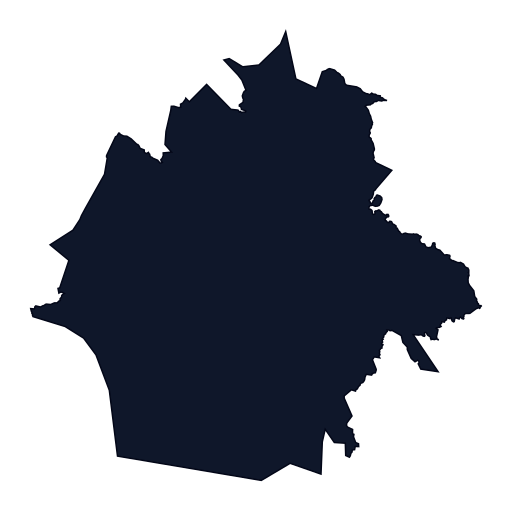 the district of Nonoava, Chihuahua, Mexico
{"feature_id": "50627088B56778654963511", "entity_name": "Nonoava", "entity_type": "district", "adm_level": 2, "iso_a3": "MEX", "parent_name": "Mexico", "parent_adm1": "Chihuahua", "projection": "mercator", "projection_center": [-106.555, 27.45], "detail": "fine", "context": "isolated", "style": "filled", "palette": "ink", "viewbox_px": 512, "rotation_deg": 0, "n_neighbors": 0, "source": "geoboundaries", "source_scale": "gbopen_adm2", "svg_char_len": 6030}
<svg xmlns="http://www.w3.org/2000/svg" viewBox="0 0 512 512"><path d="M290.1,463.3L321.0,474.1L322.3,441.9L325.2,429.2L334.3,442.5L345.3,443.2L345.7,455.5L349.4,457.2L350.3,455.8L350.9,453.3L352.0,452.1L352.3,449.9L354.6,449.7L355.2,446.5L358.7,446.6L358.5,443.7L355.7,442.6L353.5,436.8L353.9,434.4L353.0,434.2L352.5,432.5L352.6,429.5L347.4,427.0L346.5,425.3L346.8,423.0L352.0,416.0L344.2,398.2L344.2,395.9L351.4,389.8L355.5,391.1L355.9,389.7L357.3,388.9L358.5,386.5L360.0,385.3L360.3,383.9L361.3,383.0L362.7,382.6L363.8,381.3L364.6,379.8L365.0,377.1L366.3,374.3L371.5,375.1L371.9,374.8L372.2,373.6L372.8,373.6L373.2,373.1L375.3,372.8L376.1,370.5L376.2,369.3L372.4,359.7L374.3,356.9L379.7,357.8L378.7,355.9L380.0,354.8L379.3,353.1L379.8,351.8L379.3,350.5L381.0,348.3L381.9,348.1L382.0,346.3L383.0,344.7L382.6,344.3L381.7,344.2L381.5,343.8L381.8,342.7L382.6,342.2L382.1,339.8L383.1,339.3L382.5,338.5L383.8,336.9L383.7,335.8L384.2,334.8L385.6,333.8L386.0,332.6L387.3,331.3L386.8,329.9L388.3,329.8L389.8,330.6L391.0,330.7L391.9,330.3L401.3,335.6L402.9,342.4L407.3,347.1L407.3,349.6L411.2,358.4L415.0,361.8L417.6,360.3L418.7,361.0L419.2,362.4L418.2,363.8L420.8,369.1L438.1,371.7L413.1,334.6L418.6,335.1L421.3,334.7L423.2,336.1L424.4,336.3L424.9,335.7L424.3,333.4L424.6,332.6L425.2,332.3L426.8,333.3L427.0,334.2L427.8,335.3L430.5,337.0L430.5,338.1L431.1,339.6L432.3,339.2L434.5,339.6L436.2,338.9L438.1,339.8L438.2,339.5L437.1,339.0L436.5,336.8L438.0,329.8L436.1,328.3L436.6,327.7L439.3,327.4L441.1,326.5L440.2,325.1L440.6,324.1L441.6,323.1L441.8,321.7L444.4,322.1L444.9,320.8L446.5,319.8L446.7,318.1L447.0,317.8L449.5,318.6L450.4,317.9L451.2,317.9L451.4,319.4L452.3,321.1L453.6,321.9L454.2,321.6L454.7,319.0L455.6,317.8L459.1,319.0L459.5,317.9L460.4,317.0L462.0,318.6L463.5,319.0L463.8,318.6L463.1,317.6L463.9,316.7L463.7,315.5L465.2,313.5L469.8,313.4L476.0,308.8L478.8,307.6L479.5,308.4L479.8,308.3L480.3,307.1L481.3,306.0L481.0,305.6L479.9,305.6L478.3,304.8L478.4,303.7L477.5,303.2L477.3,301.9L476.6,301.4L476.7,299.1L474.7,296.5L473.8,290.8L469.5,285.3L468.2,282.7L468.0,279.1L468.3,277.7L468.0,276.1L468.2,275.8L468.8,276.0L469.0,275.8L468.7,272.9L468.3,272.4L468.8,272.2L468.8,270.0L467.8,268.0L466.9,267.9L465.0,266.7L463.5,264.1L460.5,262.4L459.3,262.7L457.5,262.5L452.8,260.5L451.8,260.7L450.7,259.4L449.4,258.6L450.0,256.1L449.6,255.3L446.7,254.7L444.3,255.1L439.8,250.1L437.9,249.6L435.7,248.4L435.1,246.5L434.8,245.0L435.1,244.4L434.7,243.0L433.8,242.8L432.7,243.3L432.4,244.9L431.4,246.9L430.9,247.2L428.3,247.7L426.0,247.0L424.5,244.0L421.7,243.6L420.3,242.1L419.7,240.5L419.8,238.7L421.0,237.6L421.2,236.8L420.5,236.1L418.9,235.7L417.9,234.6L416.5,234.1L414.5,234.3L413.7,233.9L412.3,234.2L407.9,233.9L405.4,233.1L403.8,233.5L403.0,234.1L401.5,234.1L400.2,232.8L399.5,231.5L398.7,231.3L397.2,228.2L396.1,227.8L395.8,227.0L396.1,226.5L396.0,225.9L393.7,224.3L392.8,224.2L391.5,221.6L389.9,221.2L389.3,221.7L389.2,222.4L387.9,222.5L386.8,221.7L386.2,220.8L385.3,220.3L385.1,219.3L386.1,217.8L387.0,217.0L388.4,216.8L388.7,216.4L388.6,215.3L388.0,214.4L386.4,214.5L386.1,215.2L385.3,215.3L382.4,213.4L381.3,211.7L380.3,211.3L379.9,210.3L378.8,209.9L376.8,210.9L375.5,210.9L374.7,211.7L375.1,213.0L374.8,214.0L373.7,214.5L372.5,213.9L372.0,210.5L370.5,209.2L369.3,209.2L368.9,208.7L369.0,207.1L369.6,206.0L370.0,205.7L372.6,205.2L375.3,206.3L377.4,206.1L379.2,205.4L380.8,202.9L382.0,199.5L381.7,197.6L380.1,196.0L377.2,195.0L376.5,195.3L375.8,197.1L375.0,197.4L374.2,198.5L374.3,200.0L373.1,200.9L372.7,202.3L371.8,203.4L370.6,203.4L369.8,201.3L369.1,200.8L369.0,200.1L371.5,198.4L372.2,197.3L373.3,194.2L373.6,191.2L375.5,189.7L375.8,188.9L391.8,170.3L375.7,162.6L375.2,161.5L373.6,159.9L373.4,159.0L374.1,157.7L373.0,153.0L373.6,151.1L374.3,150.0L374.4,148.9L373.1,143.4L371.7,140.8L371.1,140.3L371.2,138.8L370.6,138.0L369.4,137.3L369.0,136.1L369.3,134.8L370.2,133.2L370.2,132.6L369.7,131.7L369.7,129.6L371.3,127.8L371.7,125.5L372.4,124.5L372.1,123.5L372.6,122.8L371.2,119.0L370.6,116.2L369.3,113.7L368.3,110.2L365.9,106.9L365.1,106.4L366.3,105.2L370.4,104.8L371.0,104.1L372.8,103.4L373.7,102.2L374.8,101.6L376.5,101.5L378.2,100.4L381.7,101.0L383.3,100.4L387.0,100.5L384.7,99.7L383.2,98.7L382.6,97.9L380.5,97.3L380.1,96.4L380.2,95.8L377.0,95.4L375.6,94.3L373.3,94.1L371.7,93.1L369.8,94.7L367.6,93.8L366.1,93.6L362.6,91.8L360.2,88.7L356.7,86.9L346.5,85.2L344.8,83.5L344.0,79.2L343.0,77.2L340.8,75.9L340.1,74.5L338.3,73.0L337.1,72.6L334.6,70.1L329.9,68.7L329.1,68.7L327.1,69.6L326.7,70.3L322.3,71.7L316.5,88.5L295.9,78.9L285.7,31.6L280.5,44.2L258.9,65.0L242.7,66.8L229.2,58.6L223.9,60.0L237.9,74.9L241.9,80.1L246.0,90.3L244.3,91.3L243.5,92.6L242.3,95.9L242.8,98.1L243.5,99.0L243.0,102.4L239.4,104.8L239.3,106.1L240.5,106.6L241.1,107.5L241.5,109.4L245.7,110.8L245.8,111.7L245.3,112.2L243.2,112.1L241.6,112.6L240.5,111.5L239.4,112.0L238.0,110.1L230.9,109.3L206.6,84.4L189.3,101.8L185.8,98.2L185.5,99.2L182.8,103.0L180.5,104.2L180.8,107.2L178.5,107.6L173.9,106.2L171.3,106.3L170.8,110.3L166.0,131.3L165.0,144.5L171.6,152.1L163.2,152.9L163.3,155.6L162.0,158.6L160.9,159.5L161.1,161.0L162.1,161.8L162.4,162.4L160.6,163.1L160.0,163.0L157.6,160.2L152.7,158.1L151.7,157.1L150.6,157.0L150.2,156.5L149.6,154.1L149.1,153.8L148.4,152.4L146.8,153.4L145.5,153.2L144.3,152.1L144.2,149.9L140.2,148.4L138.8,145.6L137.8,144.5L136.8,144.3L131.2,138.9L126.9,136.2L123.6,136.0L120.3,134.4L119.5,133.2L118.7,133.1L117.0,136.0L115.5,136.8L106.6,155.5L106.5,156.9L107.3,157.8L104.5,174.3L85.5,208.1L81.4,215.7L79.9,219.5L72.9,230.2L50.1,244.8L68.9,260.3L59.7,287.9L58.0,288.4L58.9,293.1L60.7,292.1L62.5,292.3L64.4,293.5L62.5,294.5L61.7,295.6L61.5,297.6L60.6,298.0L60.0,299.0L60.3,300.5L58.7,301.2L57.2,302.9L54.3,302.9L50.7,304.5L46.4,304.1L45.4,304.4L44.1,305.5L43.0,305.7L40.5,307.0L35.8,305.9L34.9,306.7L34.6,308.4L34.1,308.9L30.7,308.6L31.3,311.1L32.0,312.7L31.9,313.4L32.6,313.8L32.4,314.9L33.0,316.6L65.1,326.5L83.6,338.1L96.0,354.9L109.3,390.2L117.5,456.1L261.3,480.4L290.1,463.3Z" fill="#0f172a" stroke="#020617" stroke-width="1.5"/></svg>